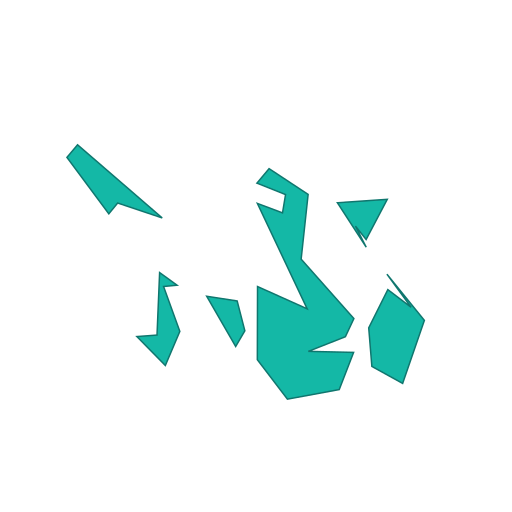 outline of Orkney, rotated 243°
{"feature_id": "GBR-2744", "entity_name": "Orkney", "entity_type": "Unitary District", "adm_level": 1, "iso_a3": "GBR", "parent_name": "United Kingdom", "parent_adm1": "", "projection": "robinson", "projection_center": [-2.916, 59.046], "detail": "coarse", "context": "isolated", "style": "filled", "palette": "teal", "viewbox_px": 512, "rotation_deg": 243, "n_neighbors": 0, "source": "natural_earth", "source_scale": "10m", "svg_char_len": 774}
<svg xmlns="http://www.w3.org/2000/svg" viewBox="0 0 512 512"><g transform="rotate(243 256 256)"><path d="M320.5,289.9L327.9,307.3L287.2,330.4L232.7,294.8L155.8,314.8L143.5,299.0L147.3,259.3L125.8,299.2L99.2,269.5L114.2,219.0L163.0,210.1L228.1,243.5L185.7,277.6L302.2,281.1L282.4,299.2L297.3,310.2L320.5,289.9ZM139.9,370.9L180.4,364.4L122.2,376.8L75.9,328.8L105.0,309.1L140.8,323.8L166.2,358.2L139.9,370.9ZM360.4,144.0L429.7,132.3L436.1,147.5L332.5,189.7L366.0,156.8L360.4,144.0ZM223.4,153.9L199.6,125.5L238.3,113.3L230.5,131.9L285.0,162.6L265.8,172.4L270.8,159.8L223.4,153.9ZM213.8,358.2L266.5,352.7L246.9,398.7L220.7,361.6L237.5,358.2L213.8,358.2ZM224.5,218.8L194.4,212.1L184.6,196.8L242.5,193.8L224.5,218.8Z" fill="#14b8a6" stroke="#0f766e" stroke-width="1.5"/></g></svg>